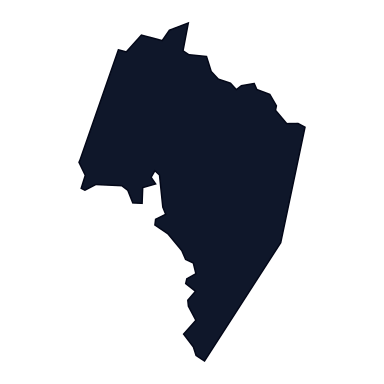 outline of Charlotte, Virginia, United States of America
{"feature_id": "52423323B81085742226913", "entity_name": "Charlotte", "entity_type": "district", "adm_level": 2, "iso_a3": "USA", "parent_name": "United States of America", "parent_adm1": "Virginia", "projection": "mercator", "projection_center": [-78.693, 36.973], "detail": "fine", "context": "isolated", "style": "filled", "palette": "ink", "viewbox_px": 384, "rotation_deg": 0, "n_neighbors": 0, "source": "geoboundaries", "source_scale": "gbopen_adm2", "svg_char_len": 805}
<svg xmlns="http://www.w3.org/2000/svg" viewBox="0 0 384 384"><path d="M204.5,361.0L280.7,242.7L305.0,127.2L298.1,123.5L286.7,123.6L275.5,110.3L276.4,105.8L269.8,94.4L256.8,89.5L254.2,83.5L241.4,85.7L236.3,89.6L230.5,83.2L218.3,79.1L211.2,71.5L206.5,56.5L188.8,54.7L183.0,50.8L188.3,23.0L169.4,30.2L162.2,40.6L141.4,35.1L126.3,51.9L118.4,49.8L80.2,159.5L79.0,162.3L85.3,175.3L81.2,188.3L84.9,190.2L95.8,184.5L121.8,185.7L127.8,190.3L132.8,202.9L142.1,203.3L142.7,187.6L155.6,183.9L151.1,177.3L154.9,170.7L159.5,175.0L162.8,207.1L165.7,214.3L155.6,219.3L154.9,225.0L167.9,233.8L181.8,250.6L185.6,259.4L193.3,263.0L195.9,273.7L186.8,278.8L185.7,283.6L195.5,291.3L187.8,300.2L188.4,306.2L195.9,320.3L183.6,334.1L193.4,347.0L196.1,355.5L204.5,361.0Z" fill="#0f172a" stroke="#020617" stroke-width="1.5"/></svg>